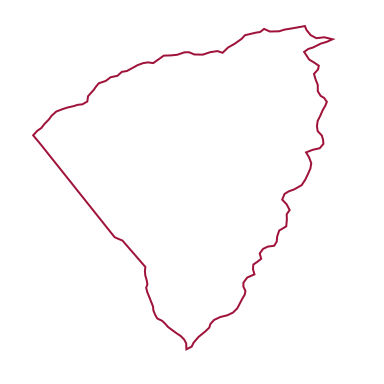 outline of Suzanápolis, São Paulo, Brazil, rotated 265°
{"feature_id": "56859067B46046114301924", "entity_name": "Suzanápolis", "entity_type": "district", "adm_level": 2, "iso_a3": "BRA", "parent_name": "Brazil", "parent_adm1": "São Paulo", "projection": "equal_earth", "projection_center": [-51.077, -20.469], "detail": "fine", "context": "isolated", "style": "outline", "palette": "rose", "viewbox_px": 384, "rotation_deg": 265, "n_neighbors": 0, "source": "geoboundaries", "source_scale": "gbopen_adm2", "svg_char_len": 2002}
<svg xmlns="http://www.w3.org/2000/svg" viewBox="0 0 384 384"><g transform="rotate(265 192 192)"><path d="M317.8,132.6L314.3,127.9L313.4,120.9L310.2,115.8L308.4,108.6L305.3,105.5L302.0,102.7L296.5,96.8L291.3,95.6L288.9,90.5L288.8,85.7L287.8,81.2L287.1,75.9L286.0,70.9L284.0,63.8L280.3,58.9L276.6,55.6L272.9,51.2L268.9,47.5L266.4,43.1L262.3,38.7L252.8,45.3L153.8,110.9L151.7,114.6L149.7,118.5L121.4,139.0L117.3,138.2L113.0,138.2L107.8,139.2L103.9,139.5L100.6,138.0L95.8,138.8L90.7,140.4L85.6,141.9L81.3,143.2L77.5,143.2L73.1,144.5L69.0,146.4L66.3,151.0L63.5,153.5L59.7,156.3L56.2,160.2L52.7,164.2L49.4,168.3L45.8,171.3L41.8,173.0L35.8,172.7L38.0,178.2L41.7,180.4L47.0,185.8L52.1,193.3L55.4,197.4L58.9,198.8L62.6,202.8L65.0,209.3L66.1,216.4L68.3,222.3L72.2,227.0L75.3,229.0L81.2,232.7L85.2,235.6L88.7,236.6L93.5,234.9L97.3,235.4L102.0,239.6L104.5,247.0L110.0,246.0L114.4,246.8L116.8,251.1L119.4,255.1L124.9,254.1L129.1,257.8L131.0,262.7L131.3,269.2L135.2,272.1L140.0,272.9L146.0,275.5L149.6,282.9L156.3,284.1L161.6,284.4L165.5,287.7L171.5,285.2L176.5,281.2L182.0,284.0L184.2,288.4L185.7,294.0L189.3,301.9L194.7,306.1L200.2,309.3L205.1,312.0L210.3,313.3L216.4,311.6L221.5,309.1L223.5,315.9L224.5,323.1L228.5,327.1L232.7,327.1L236.9,326.3L241.7,322.5L246.6,322.2L251.9,323.4L256.7,326.4L262.1,329.3L266.3,332.3L270.1,334.2L274.2,331.8L276.6,328.5L281.4,326.1L287.9,326.6L293.5,324.9L299.0,323.8L303.2,328.3L306.8,329.3L310.5,324.7L313.8,320.2L317.2,318.4L321.8,315.9L324.4,320.4L325.4,325.1L328.6,333.2L329.9,339.5L331.9,345.3L334.6,337.4L334.4,329.3L337.9,323.9L343.4,320.2L347.5,318.9L346.8,311.8L346.3,306.3L345.7,298.3L344.5,292.6L345.1,283.5L348.2,278.0L345.5,273.9L345.1,269.0L344.3,263.5L343.6,258.5L340.2,254.7L336.1,247.7L332.8,240.5L328.0,234.6L330.2,229.5L329.7,222.3L327.9,214.7L328.8,206.3L331.5,201.2L331.8,196.6L330.0,189.3L329.9,183.7L330.3,175.7L327.5,171.0L323.8,164.6L325.0,159.3L324.6,154.3L323.1,148.8L318.2,137.7L317.8,132.6Z" fill="none" stroke="#9f1239" stroke-width="2"/></g></svg>